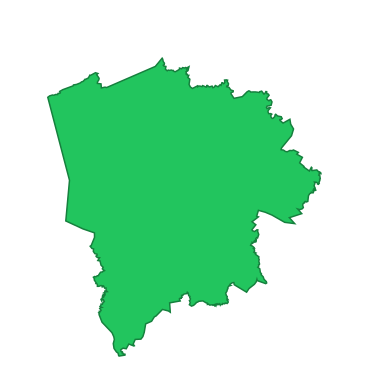 the district of Zululand, KwaZulu-Natal, South Africa, rotated 255°
{"feature_id": "47623444B26591670939926", "entity_name": "Zululand", "entity_type": "district", "adm_level": 2, "iso_a3": "ZAF", "parent_name": "South Africa", "parent_adm1": "KwaZulu-Natal", "projection": "mercator", "projection_center": [31.134, -27.898], "detail": "fine", "context": "isolated", "style": "filled", "palette": "green", "viewbox_px": 384, "rotation_deg": 255, "n_neighbors": 0, "source": "geoboundaries", "source_scale": "gbopen_adm2", "svg_char_len": 5922}
<svg xmlns="http://www.w3.org/2000/svg" viewBox="0 0 384 384"><g transform="rotate(255 192 192)"><path d="M79.3,198.7L80.4,198.3L81.9,199.0L83.0,198.4L85.7,198.4L86.9,199.9L89.0,201.1L89.3,201.7L90.4,201.8L91.6,203.2L91.7,205.2L92.4,204.3L93.1,205.0L93.9,207.4L93.7,209.0L91.5,208.8L81.1,218.8L84.0,222.1L86.7,228.4L88.6,230.8L90.8,232.1L89.5,232.1L84.4,239.5L84.8,240.6L86.2,240.6L89.0,239.0L91.7,238.8L94.2,237.4L94.9,237.9L96.7,237.2L100.3,237.6L102.3,236.1L103.1,237.3L104.4,237.4L104.5,238.3L105.0,238.6L107.9,238.6L109.3,239.4L110.7,239.2L112.1,239.8L115.1,237.4L116.1,237.1L116.5,238.0L117.9,236.2L118.8,237.2L120.4,237.2L120.9,237.7L121.5,236.7L122.2,237.6L124.2,236.3L125.3,234.8L126.4,235.6L126.7,237.0L127.6,237.0L127.1,237.7L127.6,238.0L127.6,238.9L128.4,239.3L128.3,239.9L127.3,239.9L127.4,241.0L128.8,241.6L129.0,240.6L129.6,241.7L130.2,241.4L131.2,242.6L130.6,243.4L133.7,245.5L136.9,245.2L138.4,245.8L138.7,245.0L137.6,242.3L139.0,240.3L140.1,240.2L143.8,245.2L147.7,242.3L150.8,249.7L151.9,248.2L157.1,251.4L153.5,257.5L149.0,263.3L138.7,273.7L134.9,283.0L142.0,279.4L142.7,292.4L148.2,289.7L147.1,291.5L147.2,294.0L148.1,295.5L150.6,295.5L151.9,296.2L152.6,297.4L152.4,297.8L153.3,298.2L153.6,298.9L152.8,299.7L152.9,301.4L158.4,303.6L160.0,305.4L160.2,306.8L160.9,307.2L159.8,308.6L160.5,309.3L162.4,309.4L162.9,310.2L163.0,310.8L161.6,310.7L161.7,312.0L163.2,311.9L163.8,311.0L164.3,311.9L166.4,311.5L168.4,312.9L169.9,312.8L169.1,314.8L167.4,315.8L167.1,315.5L166.7,316.1L167.5,317.2L168.3,317.1L170.1,318.5L171.4,318.6L171.5,319.3L175.0,319.7L175.4,318.9L177.1,319.8L176.5,320.5L176.8,321.0L176.5,321.3L176.9,321.4L178.4,320.5L178.8,319.5L181.0,318.3L181.6,313.5L182.0,313.2L184.4,314.1L185.0,313.7L181.9,310.8L187.2,306.4L187.7,306.8L192.3,303.5L196.9,307.6L201.4,303.0L202.7,305.0L206.3,300.9L206.1,299.2L206.8,297.3L206.2,294.3L207.0,292.7L208.8,291.2L209.8,289.0L211.4,289.9L220.6,302.7L226.6,306.4L232.0,304.9L236.9,305.4L235.0,297.8L238.4,295.4L239.2,295.6L238.9,297.0L239.5,298.1L241.6,297.7L243.3,294.3L245.4,293.0L245.1,292.3L243.4,291.4L242.2,289.4L242.3,288.5L243.5,287.8L245.4,287.8L246.5,289.2L247.3,288.4L247.8,286.4L249.7,286.1L251.1,286.8L253.0,289.5L253.5,288.7L253.2,286.0L254.4,285.8L255.5,286.7L255.3,290.9L258.3,292.6L260.6,292.0L260.8,291.4L260.2,289.9L262.2,288.3L263.3,288.7L265.5,291.5L266.8,291.1L267.7,289.7L269.6,290.1L269.9,289.3L268.1,287.7L268.0,286.8L271.4,285.4L271.4,283.4L270.7,282.9L272.3,279.0L273.4,274.5L274.5,273.9L275.0,273.1L274.5,271.1L271.1,265.3L271.6,256.8L276.8,255.1L277.8,255.5L278.1,257.7L279.1,258.0L280.5,255.9L283.5,254.8L284.7,252.7L285.5,253.3L285.5,254.5L287.0,255.3L290.0,254.6L290.8,255.3L291.4,254.3L291.7,252.4L289.4,252.1L288.6,251.2L288.5,250.5L289.5,250.0L289.8,249.2L287.5,247.6L288.3,246.9L286.9,244.4L288.8,242.1L287.6,240.7L287.3,239.2L289.1,238.8L289.0,235.8L290.9,234.5L291.0,233.8L289.7,233.4L289.7,232.8L292.0,229.8L291.2,229.0L292.3,227.0L292.6,225.7L292.2,224.8L293.1,224.8L291.9,219.3L293.8,217.6L296.7,217.0L301.5,219.1L303.7,217.6L305.4,219.0L305.5,218.3L306.8,218.0L306.8,217.1L307.6,216.8L308.1,217.3L309.7,217.3L310.0,218.8L311.2,218.6L310.6,219.7L313.8,221.5L313.3,219.4L312.8,219.5L313.0,218.7L313.9,218.2L313.7,216.9L314.6,215.1L313.7,213.8L314.9,212.0L314.0,211.7L313.5,211.0L312.5,207.1L313.0,205.9L314.4,205.2L314.3,204.7L315.2,203.5L315.2,202.0L315.9,200.6L315.5,199.4L317.5,198.1L320.0,199.3L320.8,197.6L321.9,197.1L322.3,198.2L323.5,198.7L325.4,198.0L327.5,198.0L328.0,198.5L327.8,198.2L329.0,197.8L322.8,189.1L315.0,136.6L315.8,135.1L316.0,131.4L320.0,132.1L321.4,128.7L322.8,129.2L324.5,131.1L325.9,131.7L330.0,130.3L330.8,131.8L332.2,129.6L330.9,124.0L331.3,123.6L329.0,121.4L328.3,118.2L328.6,117.9L327.1,115.6L326.9,113.6L326.3,112.5L325.8,108.3L326.1,105.2L325.3,104.6L324.3,93.7L323.4,90.2L321.9,90.5L321.6,89.9L321.9,88.1L320.9,87.4L321.5,85.6L321.2,83.7L321.8,82.3L321.7,79.4L320.8,77.2L235.0,76.7L196.7,62.6L184.6,77.1L177.8,87.2L173.4,86.1L166.4,80.8L166.0,79.6L163.4,80.7L162.5,82.2L160.2,81.3L157.6,82.2L156.5,84.2L155.4,83.9L154.9,82.7L154.2,82.9L153.0,83.9L152.4,85.7L150.2,83.3L149.2,85.3L144.8,85.2L142.3,86.7L141.0,85.5L138.7,87.1L138.5,85.5L138.0,84.9L138.2,82.9L135.4,79.7L135.6,78.8L135.0,77.3L135.6,76.0L135.2,74.7L133.3,75.3L132.4,74.8L129.0,75.9L128.5,75.5L128.2,76.2L127.0,76.6L125.4,76.2L125.0,77.6L125.2,80.0L124.6,80.4L124.5,81.4L123.6,81.0L123.9,82.3L121.7,82.8L121.5,84.1L119.1,83.6L117.7,84.4L117.9,82.8L118.8,82.3L117.6,81.5L117.4,80.8L116.6,81.6L115.3,81.4L115.8,80.1L114.7,80.5L114.2,80.1L115.4,79.3L114.6,78.5L113.3,79.0L113.3,78.1L112.3,77.4L111.9,76.3L110.1,76.6L111.3,77.5L111.1,78.5L108.8,78.9L108.4,77.5L106.8,76.4L107.3,75.2L106.1,74.6L105.2,73.5L103.9,74.9L104.0,73.9L103.4,72.7L101.3,73.6L100.7,72.9L100.7,71.7L100.0,72.0L99.5,70.6L98.7,71.0L97.6,70.5L89.5,71.4L76.8,78.3L72.4,79.0L69.6,78.8L65.9,76.7L61.0,76.2L57.1,77.6L55.5,78.9L52.8,78.8L52.4,79.2L51.8,85.0L52.6,85.3L53.5,83.6L55.3,83.4L55.0,82.9L55.8,82.9L56.5,82.2L58.1,82.3L59.0,85.0L57.6,87.9L61.5,91.6L58.3,96.0L58.4,96.5L60.3,95.8L64.3,99.0L63.1,104.6L65.0,107.1L68.9,109.6L76.6,113.1L77.6,119.5L81.2,123.4L81.5,125.1L86.2,133.1L83.2,138.4L81.5,139.9L90.7,141.7L89.8,152.4L92.0,152.1L92.4,152.6L92.1,154.1L93.0,154.4L92.9,155.1L94.8,155.2L94.5,156.4L95.2,156.9L95.5,158.2L95.2,160.7L96.4,161.5L95.5,162.1L92.7,162.0L91.7,163.0L90.5,162.4L89.3,162.9L88.1,162.3L87.8,161.4L85.5,161.7L83.8,160.3L81.9,162.0L82.1,164.2L83.5,167.0L84.2,167.5L84.2,169.2L84.7,170.0L84.0,174.3L81.0,177.2L81.0,177.7L80.3,178.2L79.4,177.8L79.2,179.1L78.2,179.8L77.7,182.9L77.2,182.9L77.2,183.7L76.5,184.2L77.4,184.5L77.5,185.5L76.7,184.8L75.7,185.5L76.4,185.8L76.6,187.2L77.2,187.1L77.4,188.0L76.4,188.6L76.9,189.8L75.4,190.0L75.8,190.4L75.5,192.2L76.4,192.6L75.6,194.3L75.7,195.1L76.1,195.3L75.8,196.3L75.2,197.0L76.0,198.3L77.2,198.6L78.7,197.8L79.6,198.2L79.3,198.7Z" fill="#22c55e" stroke="#15803d" stroke-width="1.5"/></g></svg>